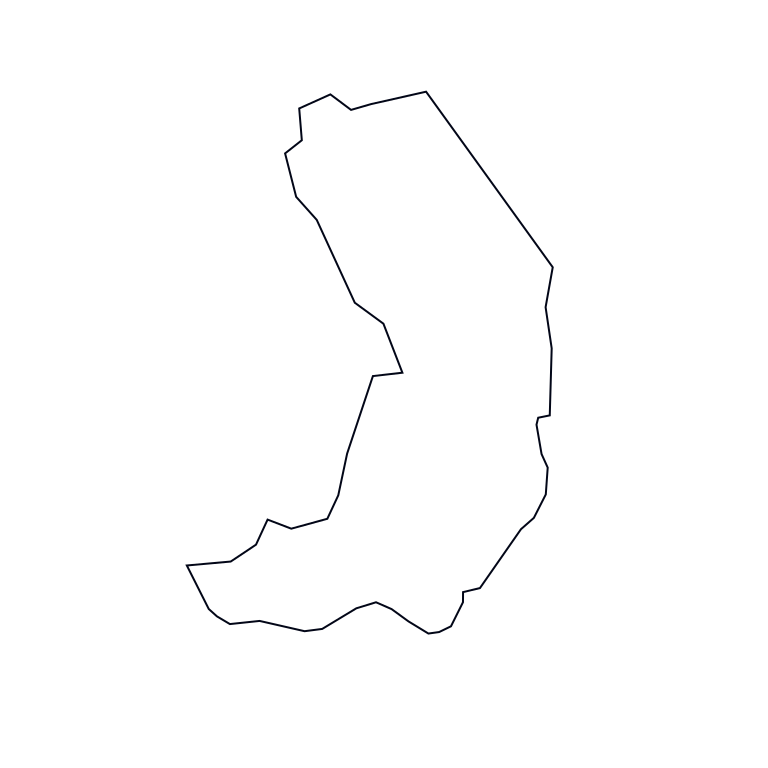 outline of Lubanas, rotated 115°
{"feature_id": "LVA-5790", "entity_name": "Lubanas", "entity_type": "Municipality", "adm_level": 1, "iso_a3": "LVA", "parent_name": "Latvia", "parent_adm1": "", "projection": "albers", "projection_center": [26.781, 56.897], "detail": "fine", "context": "isolated", "style": "outline", "palette": "ink", "viewbox_px": 768, "rotation_deg": 115, "n_neighbors": 0, "source": "natural_earth", "source_scale": "10m", "svg_char_len": 754}
<svg xmlns="http://www.w3.org/2000/svg" viewBox="0 0 768 768"><g transform="rotate(115 384 384)"><path d="M666.7,422.2L665.2,437.2L662.0,447.7L631.8,486.0L609.7,447.9L583.7,432.1L556.1,432.2L554.3,406.9L530.1,378.4L504.2,378.4L462.7,388.0L381.5,397.4L366.0,372.1L329.6,410.0L322.7,444.8L263.7,514.3L251.5,542.7L216.8,571.1L197.8,561.5L170.1,577.3L144.2,555.0L149.5,529.7L135.7,513.9L101.3,469.4L206.9,280.4L246.1,270.0L280.8,247.1L342.4,220.5L349.4,230.0L356.4,228.6L380.9,211.6L390.6,200.3L415.7,190.7L442.0,191.6L457.7,198.5L528.4,210.8L539.2,224.4L548.4,220.2L575.3,220.9L585.5,229.2L591.4,238.3L588.8,261.5L584.8,282.0L585.2,299.0L599.0,314.3L632.1,336.5L641.6,351.5L651.3,396.6L666.7,422.2Z" fill="none" stroke="#020617" stroke-width="2"/></g></svg>